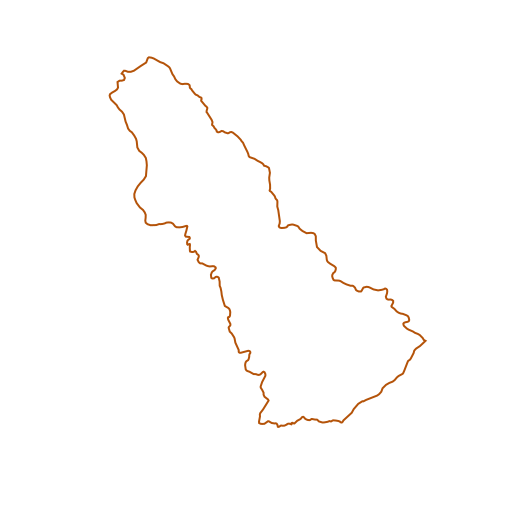 San Benito, Santander, Colombia (Mercator projection), rotated 287°
{"feature_id": "7082276B8887229584213", "entity_name": "San Benito", "entity_type": "district", "adm_level": 2, "iso_a3": "COL", "parent_name": "Colombia", "parent_adm1": "Santander", "projection": "mercator", "projection_center": [-73.532, 6.104], "detail": "fine", "context": "isolated", "style": "outline", "palette": "amber", "viewbox_px": 512, "rotation_deg": 287, "n_neighbors": 0, "source": "geoboundaries", "source_scale": "gbopen_adm2", "svg_char_len": 6124}
<svg xmlns="http://www.w3.org/2000/svg" viewBox="0 0 512 512"><g transform="rotate(287 256 256)"><path d="M239.9,421.1L241.8,420.0L242.9,418.8L243.3,417.2L243.6,413.3L243.3,411.3L243.4,409.4L243.7,408.1L244.2,406.6L245.9,403.8L247.0,400.6L247.7,400.1L251.5,400.8L253.2,400.3L253.7,399.2L253.8,397.6L253.0,395.4L253.0,394.3L253.4,393.2L255.0,392.1L258.7,392.2L260.8,391.8L262.0,391.2L262.6,390.2L262.7,389.2L262.4,388.6L261.6,388.0L260.4,386.1L258.8,382.8L258.4,378.1L259.1,374.0L259.2,372.6L258.9,370.8L257.3,368.1L256.7,367.8L253.7,367.2L252.8,366.8L252.1,364.6L252.4,362.4L252.8,361.5L254.7,359.9L255.7,357.9L255.8,357.0L255.2,355.1L255.3,350.8L255.8,347.4L256.7,344.2L256.7,342.5L255.6,338.2L255.8,337.2L257.3,335.8L258.9,334.8L260.2,334.5L262.3,334.9L263.4,335.8L264.8,336.2L266.5,336.2L268.0,335.8L268.6,335.0L269.2,333.7L270.3,329.2L271.3,326.5L272.0,325.6L273.1,324.8L276.8,323.2L278.9,321.3L279.8,316.3L282.4,311.7L288.3,308.7L292.4,307.4L294.2,305.7L294.6,304.3L294.3,301.9L292.6,297.7L293.5,293.1L294.5,290.6L294.9,289.7L296.5,287.8L296.8,286.5L296.9,282.5L296.7,281.3L295.3,278.6L294.4,277.5L293.2,277.3L292.2,276.5L291.3,275.0L290.2,272.2L290.1,270.9L290.3,269.9L291.3,269.0L294.1,269.1L296.3,268.6L306.3,263.9L309.5,261.9L314.2,260.6L315.2,260.1L315.7,259.6L316.2,258.6L316.8,257.8L318.5,256.6L319.3,255.6L321.8,251.8L322.2,250.3L322.6,249.9L324.6,249.8L328.3,248.6L332.3,246.6L334.9,245.7L339.6,245.0L343.9,242.7L344.3,241.9L344.8,239.5L344.7,237.3L345.8,236.2L346.5,234.8L347.0,232.7L347.5,229.7L348.5,226.2L348.7,220.9L349.5,219.8L351.4,218.7L353.1,217.3L358.5,212.2L360.5,210.5L361.7,208.5L362.7,207.4L365.0,203.4L367.2,197.9L367.4,196.3L367.1,195.6L366.8,195.0L365.5,193.8L365.1,193.2L365.1,190.1L365.7,188.1L365.6,187.2L365.5,186.5L364.2,185.3L363.4,184.1L363.2,183.3L363.5,182.1L364.5,181.6L365.5,180.3L366.4,178.7L367.6,177.6L368.4,175.8L369.1,175.5L370.6,175.4L371.4,175.2L373.3,173.7L378.7,167.4L379.2,166.6L380.8,166.3L382.7,166.3L383.5,166.1L384.4,164.9L384.8,163.7L388.4,158.2L389.1,158.0L390.0,158.1L391.1,157.7L391.5,156.9L391.5,155.5L392.5,153.2L392.7,151.1L393.3,150.0L395.7,146.4L396.7,145.4L397.1,144.2L397.7,143.5L399.3,142.9L400.1,142.3L400.6,140.8L400.5,139.8L399.8,137.4L398.9,135.5L398.7,133.9L398.8,132.8L399.9,129.5L401.5,127.2L403.8,125.1L405.4,123.0L410.3,118.9L411.1,117.9L411.8,116.2L413.3,111.2L413.4,107.6L415.0,100.4L415.1,98.0L414.7,95.5L413.6,94.7L408.9,94.4L404.1,90.3L397.5,85.1L395.6,82.5L394.7,79.7L394.9,77.1L394.6,75.6L393.2,74.9L391.1,74.2L390.6,76.3L387.9,78.5L385.7,78.3L384.5,76.5L383.8,74.3L381.9,72.7L376.7,74.8L374.7,74.4L372.6,72.9L370.2,70.6L368.1,69.1L366.7,69.1L365.1,70.0L363.1,71.8L359.5,78.7L357.8,80.4L356.2,82.6L354.8,85.7L352.7,88.3L346.4,92.0L343.6,94.3L340.5,96.4L338.8,98.7L338.0,101.1L335.6,104.3L333.0,107.0L330.8,108.4L325.1,110.8L322.4,113.6L321.3,116.6L319.9,119.2L317.5,122.0L314.5,123.6L310.8,125.1L300.2,127.4L296.2,126.3L292.5,124.4L288.1,122.6L283.6,121.6L279.7,121.5L276.5,122.6L274.5,124.0L271.7,126.4L268.5,130.8L267.0,134.5L265.1,136.9L263.1,138.5L260.2,139.3L257.4,139.8L255.6,140.8L254.7,143.0L254.6,146.2L256.4,151.5L258.2,154.0L258.6,155.5L259.3,157.2L260.5,159.2L261.7,160.5L262.5,162.4L263.1,164.8L262.8,166.4L262.6,167.2L260.7,169.9L260.3,171.5L261.0,174.4L262.3,177.3L264.4,180.5L264.6,181.2L264.2,181.7L259.8,182.0L256.3,182.0L254.8,182.2L254.0,183.2L254.7,186.7L253.8,187.5L253.0,187.5L251.5,186.4L250.6,186.0L248.8,186.1L247.1,186.8L246.8,187.5L247.8,188.5L248.1,189.1L247.4,189.6L244.7,190.2L241.6,191.3L241.0,191.7L241.1,193.7L241.5,194.7L241.9,195.4L243.0,196.2L242.5,197.4L240.8,198.8L240.2,200.5L239.5,201.2L239.0,201.4L238.1,201.5L235.3,201.2L233.4,203.0L232.7,204.5L232.7,205.2L233.2,206.8L232.3,211.4L232.3,213.2L232.5,214.9L233.7,217.8L233.9,219.0L233.3,220.7L232.6,221.1L231.5,220.9L230.4,220.5L228.6,219.0L227.3,218.5L224.8,218.4L222.1,219.6L221.7,220.7L222.3,222.3L224.2,223.6L224.7,224.5L224.8,225.5L224.4,226.7L220.9,228.7L216.9,230.0L215.1,231.5L211.8,233.3L208.6,234.7L204.5,237.1L199.1,240.8L198.2,244.7L197.6,245.9L196.3,247.0L194.8,247.8L191.7,248.5L190.5,248.5L189.7,248.1L189.5,247.4L188.7,247.2L187.9,247.5L186.9,248.1L183.6,251.3L182.5,251.7L181.8,251.6L180.1,250.8L179.4,250.8L176.0,253.0L174.8,255.4L171.9,258.8L170.9,259.6L167.1,261.6L161.1,266.9L159.3,267.5L158.9,267.9L158.7,268.9L159.1,269.9L163.1,276.3L163.2,277.5L163.0,278.1L162.5,278.6L161.7,278.9L160.2,278.5L159.4,278.5L157.5,279.0L155.2,279.1L154.1,278.9L152.6,277.6L151.4,277.2L150.1,277.2L148.4,277.5L144.6,279.3L143.8,280.3L143.5,281.3L143.4,283.7L142.4,288.2L143.0,290.5L142.9,292.0L143.0,293.2L143.6,294.3L144.4,295.0L147.0,296.4L147.6,297.1L147.3,298.2L145.8,299.5L144.2,300.0L137.2,298.7L132.6,298.6L131.5,299.0L129.6,301.2L127.5,303.2L125.6,303.8L123.9,305.3L122.3,309.5L121.4,310.3L111.3,307.6L107.0,306.0L105.6,306.0L103.8,306.7L98.5,307.3L97.2,307.8L96.9,309.4L97.2,311.0L98.0,313.1L101.5,315.8L101.7,316.5L100.9,319.8L101.3,322.8L101.8,323.8L101.7,324.8L100.7,325.9L99.1,326.8L99.2,327.7L101.2,329.5L101.5,331.2L102.1,332.8L103.9,334.8L104.3,334.9L105.0,335.7L105.4,336.9L105.4,339.1L105.7,339.2L106.6,338.9L107.0,339.3L107.2,339.9L106.9,340.7L107.1,341.7L110.5,343.6L112.9,346.0L113.5,346.4L115.4,347.2L116.0,348.1L115.9,348.7L114.6,350.9L114.3,353.1L114.6,355.0L115.1,355.8L116.3,356.7L116.5,357.1L116.8,360.1L117.3,362.0L117.3,362.5L116.2,364.5L116.2,368.2L116.8,369.9L118.4,373.0L119.6,374.5L119.7,376.1L121.2,377.5L121.5,378.1L122.0,380.6L122.3,383.1L122.2,384.7L121.7,385.4L121.8,386.7L122.7,387.3L124.4,387.7L134.1,393.4L138.1,394.2L144.5,397.0L148.2,400.2L148.4,401.2L150.6,403.4L157.9,412.6L159.8,414.1L162.8,415.5L166.5,415.7L170.8,418.0L173.6,420.6L175.8,423.4L177.9,424.9L181.0,426.2L182.9,427.4L186.2,430.7L187.0,431.0L189.5,431.3L199.1,432.0L200.2,432.2L201.8,433.5L203.2,434.0L209.2,435.1L211.6,435.0L212.5,435.3L214.3,436.2L217.8,439.1L224.4,442.9L224.8,441.0L226.3,439.4L228.3,435.7L228.8,433.5L229.0,430.5L229.7,428.1L230.2,423.5L230.7,421.5L232.4,418.0L233.4,417.1L234.5,416.7L235.4,417.1L236.3,418.2L237.3,420.1L238.1,421.0L238.9,421.3L239.9,421.1Z" fill="none" stroke="#b45309" stroke-width="2"/></g></svg>